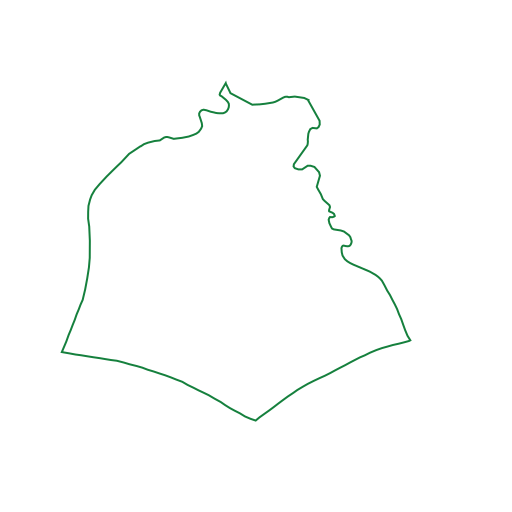 outline of Ma'rib City, Ma'rib, Yemen, rotated 293°
{"feature_id": "15242507B93077253954645", "entity_name": "Ma'rib City", "entity_type": "district", "adm_level": 2, "iso_a3": "YEM", "parent_name": "Yemen", "parent_adm1": "Ma'rib", "projection": "mercator", "projection_center": [45.317, 15.424], "detail": "fine", "context": "isolated", "style": "outline", "palette": "green", "viewbox_px": 512, "rotation_deg": 293, "n_neighbors": 0, "source": "geoboundaries", "source_scale": "gbopen_adm2", "svg_char_len": 3168}
<svg xmlns="http://www.w3.org/2000/svg" viewBox="0 0 512 512"><g transform="rotate(293 256 256)"><path d="M238.7,431.0L241.8,426.6L246.0,422.3L250.3,418.3L254.7,414.3L258.3,410.4L262.3,406.6L265.7,402.7L269.0,398.6L272.4,394.6L275.4,390.3L279.4,385.5L282.5,381.5L283.8,378.7L284.6,376.4L285.3,373.5L286.1,366.7L286.1,349.0L286.3,345.3L286.8,342.1L287.8,339.0L290.2,335.5L292.9,333.5L296.6,331.6L297.9,331.5L299.2,331.8L299.8,332.5L300.2,334.8L300.8,336.7L301.5,337.8L302.4,338.4L303.6,338.7L305.2,338.7L306.4,338.5L307.4,338.0L308.5,336.9L310.2,335.5L311.4,333.6L312.9,327.4L312.6,324.0L310.9,317.2L311.0,315.2L312.3,313.6L314.9,310.7L317.8,308.7L319.7,308.6L320.8,308.9L321.0,309.7L321.6,311.2L322.8,312.5L323.6,312.9L325.2,311.4L325.7,309.5L325.7,307.7L325.7,306.4L325.7,305.9L326.1,305.6L327.0,305.3L330.0,305.0L331.4,303.8L331.9,302.4L333.5,297.6L334.5,295.3L338.2,291.6L341.5,287.2L343.4,284.9L354.9,283.5L357.8,281.3L360.8,275.0L360.4,270.9L359.3,268.3L353.7,264.6L352.3,261.2L352.0,257.4L353.1,255.6L355.3,255.0L377.9,260.0L379.3,259.8L381.8,259.0L383.2,258.2L389.0,256.4L391.0,256.2L394.0,256.4L396.0,258.0L397.2,262.1L399.1,263.2L401.9,263.3L405.3,261.7L419.5,243.4L420.1,243.4L420.3,238.6L417.9,229.4L415.0,224.2L414.8,222.4L413.9,220.6L412.5,219.2L410.2,217.4L407.4,215.2L405.4,213.4L403.9,211.6L400.0,205.4L399.7,204.9L397.0,200.1L394.6,195.0L393.8,193.5L395.9,168.9L397.5,167.1L402.9,160.9L403.3,160.6L392.3,159.2L390.3,159.5L389.7,160.3L389.6,161.9L388.0,167.3L386.8,169.9L385.5,171.5L383.9,172.3L382.2,172.8L380.1,172.9L377.6,172.4L375.9,171.3L374.6,170.0L373.2,166.9L372.4,164.6L372.1,163.4L371.9,162.5L371.8,161.6L371.1,157.9L370.8,153.6L370.2,150.6L368.8,148.9L366.9,148.1L365.0,148.0L363.2,148.8L362.2,149.8L359.9,151.8L357.1,154.2L354.5,155.7L351.8,155.7L347.9,154.8L345.4,153.3L342.9,150.9L339.7,147.4L335.9,141.8L333.4,137.4L331.7,134.5L331.2,129.6L330.9,127.9L330.4,126.7L329.2,125.2L326.5,123.4L324.8,122.3L322.2,117.7L318.2,112.4L315.2,109.2L312.0,107.1L311.9,106.8L300.5,99.3L289.5,95.3L284.7,93.2L279.2,90.9L270.9,87.5L261.2,84.0L254.1,81.8L247.8,81.0L243.3,81.2L236.7,82.2L231.2,84.2L224.7,86.9L217.9,91.0L205.1,97.1L189.3,103.7L180.1,106.7L169.4,109.4L158.5,111.8L147.9,113.6L142.7,113.5L137.5,113.7L132.2,113.7L126.4,114.1L120.7,114.2L115.4,114.4L110.1,114.4L103.1,114.8L97.4,114.8L91.7,114.8L92.3,117.4L93.5,122.5L94.8,128.4L96.3,133.8L97.9,140.4L99.3,146.0L101.0,152.4L102.3,157.9L103.6,163.2L105.2,168.8L106.3,176.1L106.9,181.7L108.1,189.2L108.8,195.0L109.0,200.7L109.7,206.9L110.2,213.5L110.7,218.9L111.0,225.3L111.1,230.8L111.4,237.3L110.6,243.4L110.3,250.0L109.9,255.4L109.7,260.8L109.4,266.9L108.5,273.6L107.8,280.6L106.7,285.8L105.8,291.5L105.3,296.7L104.9,302.6L104.0,308.6L104.0,314.7L104.4,320.0L108.9,322.3L113.8,325.3L119.0,328.5L123.6,331.2L129.1,334.3L133.9,337.1L139.1,340.2L144.4,343.7L148.8,346.4L154.0,350.2L158.6,353.7L163.9,358.2L168.5,362.3L172.7,366.2L177.3,370.1L181.5,373.4L185.9,377.0L190.3,380.7L195.1,384.5L199.1,387.8L203.3,391.3L207.0,394.9L211.6,398.8L216.5,403.6L220.5,408.0L224.0,412.4L227.5,416.7L231.0,421.6L234.2,425.8L237.6,430.1L238.7,431.0Z" fill="none" stroke="#15803d" stroke-width="2"/></g></svg>